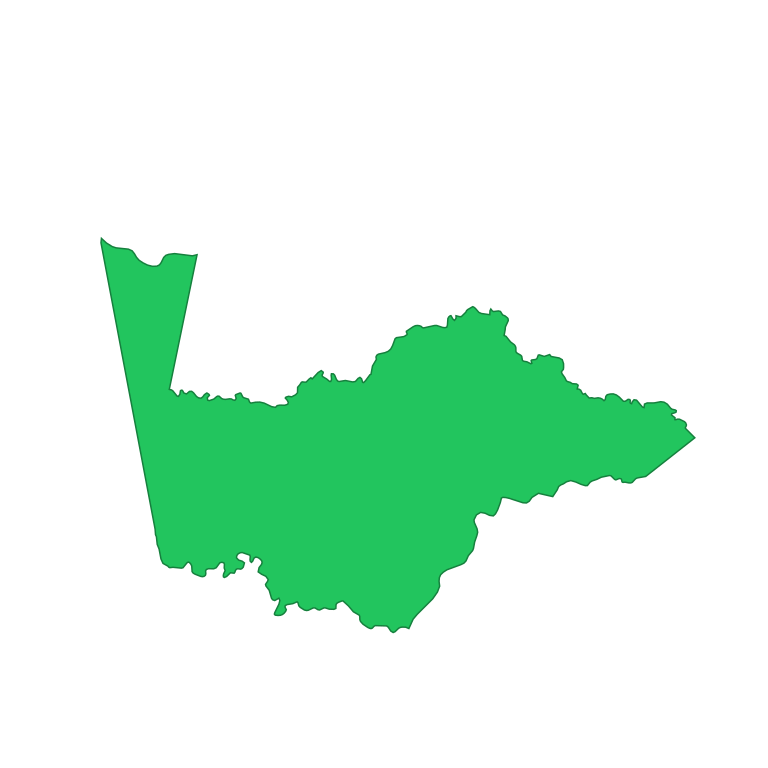 an SVG outline of Amazonas, rotated 159°
{"feature_id": "COL-1283", "entity_name": "Amazonas", "entity_type": "Commissiary", "adm_level": 1, "iso_a3": "COL", "parent_name": "Colombia", "parent_adm1": "", "projection": "mercator", "projection_center": [-71.672, -2.052], "detail": "fine", "context": "isolated", "style": "filled", "palette": "green", "viewbox_px": 768, "rotation_deg": 159, "n_neighbors": 0, "source": "natural_earth", "source_scale": "10m", "svg_char_len": 6171}
<svg xmlns="http://www.w3.org/2000/svg" viewBox="0 0 768 768"><g transform="rotate(159 384 384)"><path d="M654.6,295.7L654.9,300.6L653.1,310.6L653.2,315.5L651.2,323.0L651.3,325.2L649.7,330.6L597.6,617.3L595.6,621.2L592.6,615.1L588.5,609.7L585.3,607.1L574.3,601.5L571.4,598.6L570.3,595.0L569.7,591.1L568.3,587.3L565.7,583.6L562.2,579.8L558.1,576.9L553.9,575.4L550.9,575.7L548.5,577.2L544.3,581.1L541.5,582.3L538.6,582.2L532.8,580.8L516.9,572.3L512.2,571.7L586.4,455.9L584.5,454.6L583.6,453.3L581.5,446.9L580.4,446.1L578.2,447.6L576.5,450.6L575.5,450.9L574.5,450.3L574.0,447.2L571.9,445.5L568.3,446.8L566.2,446.1L565.0,444.1L563.5,439.5L562.1,437.5L559.8,436.3L557.7,437.0L555.5,438.4L552.8,439.1L552.3,438.8L551.1,437.0L551.0,436.0L553.9,434.5L554.4,432.1L553.1,431.1L548.4,430.9L544.7,432.2L543.6,432.3L542.3,431.7L540.7,428.5L539.3,427.3L537.4,426.4L533.5,425.5L531.8,424.7L530.5,423.1L529.1,422.2L527.2,423.4L526.9,426.7L526.1,427.2L521.6,427.2L520.9,426.6L520.5,422.6L519.9,421.5L516.0,418.4L516.0,415.3L515.2,413.9L510.4,413.0L506.4,411.6L502.7,409.1L497.0,403.1L493.7,401.1L491.5,402.1L488.8,401.6L484.2,399.7L481.1,399.6L479.9,401.1L480.2,403.6L481.2,406.3L480.2,406.9L477.5,406.7L474.8,405.1L470.4,405.6L467.9,406.8L465.8,411.9L462.8,413.5L460.7,415.1L459.6,415.3L457.1,414.0L455.9,413.7L452.0,415.5L450.0,416.0L449.2,414.5L441.4,418.3L437.8,419.0L436.5,416.8L437.0,415.9L438.5,414.6L438.8,413.7L438.4,412.6L435.8,409.3L433.9,405.9L432.8,405.5L431.3,407.1L430.2,411.1L429.4,412.4L427.6,411.6L426.9,409.9L426.8,405.4L426.2,403.4L425.0,402.4L418.8,401.1L412.4,397.1L409.8,396.6L406.2,398.5L404.1,398.8L403.1,397.0L403.3,393.2L402.5,392.6L400.1,393.7L393.8,397.7L392.7,397.7L388.3,404.9L382.3,409.7L381.8,412.1L380.5,413.4L378.6,413.9L371.8,412.9L368.3,413.0L365.2,414.2L362.2,416.8L357.4,422.3L355.8,422.8L348.8,421.2L347.7,421.2L344.9,421.8L344.4,422.3L344.5,424.5L344.2,425.2L336.4,427.0L333.9,427.2L331.9,426.7L330.0,425.7L328.6,424.4L328.0,423.0L327.1,422.2L315.9,420.5L313.9,419.8L309.0,415.8L307.1,414.8L305.1,414.5L303.7,416.2L300.9,422.2L299.5,423.4L297.7,424.0L297.0,423.8L296.4,419.9L295.4,418.1L293.2,419.5L292.3,421.9L289.5,419.9L287.7,419.2L281.9,421.7L280.6,422.9L279.1,423.5L273.5,424.4L272.7,423.7L271.6,421.9L269.8,416.9L267.8,414.9L260.4,410.8L258.8,414.4L257.4,415.7L256.7,413.4L255.8,412.4L251.0,411.2L249.3,410.0L248.5,406.0L246.6,404.2L245.0,401.4L244.8,400.3L245.3,398.6L250.2,393.8L251.3,391.5L254.5,386.2L253.0,384.8L250.8,378.0L248.2,373.8L247.8,372.1L247.9,370.6L249.3,366.9L248.6,365.0L246.1,362.0L245.5,360.5L246.3,356.5L245.6,355.3L242.6,353.5L239.7,350.3L238.6,350.3L238.2,353.2L237.5,353.5L233.8,352.6L232.2,352.8L229.6,355.7L228.5,355.5L224.5,352.3L218.8,352.1L218.1,349.8L211.1,345.5L208.9,342.8L209.1,338.6L210.4,335.1L211.3,333.4L214.0,331.8L214.1,329.8L212.9,325.2L212.6,321.6L211.7,320.4L209.5,318.8L208.2,316.9L204.2,315.0L203.2,313.3L205.4,310.1L203.8,309.3L202.6,307.7L202.3,304.6L201.7,303.0L199.5,303.0L199.1,301.3L197.5,297.4L194.9,296.7L192.8,295.2L189.1,294.4L187.1,293.2L185.6,291.6L184.6,289.6L183.0,290.2L181.3,293.0L179.5,294.0L176.4,293.6L173.5,292.6L171.0,290.5L169.0,287.4L166.7,282.1L164.9,281.4L161.6,282.2L160.1,281.4L159.9,280.5L160.9,278.6L160.8,277.7L159.9,276.9L158.6,278.4L156.2,279.7L154.0,278.4L151.0,269.9L149.7,268.8L148.0,271.9L145.1,272.0L138.5,269.5L132.0,268.3L129.1,266.7L126.7,263.6L125.1,258.7L124.1,257.2L121.4,255.4L120.7,254.4L121.4,253.1L122.8,252.9L126.0,253.2L126.7,252.0L124.4,248.2L125.2,246.5L124.4,246.1L122.5,246.0L120.7,245.2L117.0,241.2L116.3,239.6L116.3,237.5L116.8,236.6L118.2,235.4L118.5,234.6L113.1,222.4L172.8,203.9L181.1,205.5L183.0,205.4L187.5,203.2L189.1,203.2L191.0,204.0L194.2,206.0L196.1,206.5L196.7,207.0L196.8,207.8L196.5,209.8L196.7,210.6L198.3,211.5L201.9,211.4L202.9,212.3L205.0,217.0L206.4,217.8L214.5,219.1L219.4,218.7L224.3,218.9L226.7,218.5L230.5,216.3L232.4,216.9L236.0,219.7L240.0,223.7L244.2,226.9L248.6,227.3L252.3,226.5L255.2,226.4L257.7,225.7L260.2,223.1L266.8,218.4L279.0,226.6L286.5,225.1L290.4,222.5L293.6,221.9L296.8,223.3L308.2,232.5L310.9,234.3L313.7,235.6L315.3,235.4L317.9,231.6L323.1,225.7L326.5,222.8L329.2,221.7L332.6,223.6L335.9,227.1L339.8,229.5L344.6,228.7L348.7,224.9L349.3,222.3L349.0,215.4L349.7,212.0L351.7,209.1L356.0,204.0L359.4,198.4L361.0,196.7L366.8,193.5L370.9,189.4L373.6,188.1L377.0,187.8L391.8,188.0L396.0,187.1L399.4,185.7L401.7,183.4L403.3,180.1L404.5,175.3L408.7,170.6L415.5,166.0L435.5,157.1L441.1,154.0L448.4,146.8L450.9,149.2L454.3,150.6L456.1,150.9L457.9,150.7L462.4,148.8L464.5,148.7L466.2,150.9L467.2,155.5L468.2,157.2L478.8,161.6L480.1,161.4L482.4,160.3L483.8,160.3L485.1,161.2L486.5,162.7L489.7,167.3L491.0,170.7L491.0,172.6L489.9,175.8L490.0,177.1L494.2,182.3L496.7,189.5L500.0,196.1L500.9,196.5L504.7,196.5L506.5,196.2L507.8,195.3L509.4,191.7L511.5,191.6L515.8,193.4L518.9,195.9L520.2,196.5L525.1,196.1L526.6,197.0L528.7,199.7L530.3,200.3L535.8,199.9L537.5,200.3L539.3,201.5L542.3,205.5L543.0,207.4L542.7,210.8L543.2,211.8L547.8,211.6L553.5,212.8L555.6,212.5L556.4,211.2L556.1,208.3L557.3,207.0L559.4,205.8L561.4,205.2L563.5,205.2L565.9,205.9L568.4,207.2L568.8,208.5L567.8,209.8L561.0,216.1L558.8,219.2L558.9,221.7L563.6,221.0L565.3,222.5L565.8,224.3L565.1,232.6L566.6,237.7L566.4,239.4L563.4,241.5L562.2,242.9L563.2,246.8L566.5,250.3L568.8,253.7L566.4,257.4L563.1,259.4L561.9,260.8L561.5,262.6L562.2,264.6L563.6,266.9L565.6,268.4L567.6,268.1L570.2,265.6L571.7,265.0L572.4,266.4L572.1,267.9L570.7,270.8L570.6,272.3L576.8,277.5L578.9,278.0L581.1,277.7L583.0,276.5L584.0,274.5L582.8,271.7L579.9,269.4L578.4,267.0L581.0,263.5L582.8,262.6L584.1,262.5L586.7,263.9L588.2,264.0L589.6,263.1L590.6,261.8L591.7,261.1L595.0,262.8L599.9,260.7L602.4,260.6L603.0,261.5L602.6,262.9L601.7,264.3L599.2,266.7L599.1,269.5L597.6,272.9L597.6,274.4L599.3,275.7L601.4,275.9L606.5,272.6L609.2,272.5L614.1,274.5L616.3,274.5L617.5,273.5L618.4,270.6L619.3,269.4L621.0,268.9L622.6,269.2L624.1,270.1L628.5,274.1L629.9,275.8L630.4,277.6L628.7,283.0L628.9,285.2L629.7,287.2L630.6,287.9L631.9,287.7L637.5,284.5L639.1,284.7L646.7,288.5L649.8,289.3L650.5,290.0L651.0,291.4L654.6,295.7Z" fill="#22c55e" stroke="#15803d" stroke-width="1.5"/></g></svg>